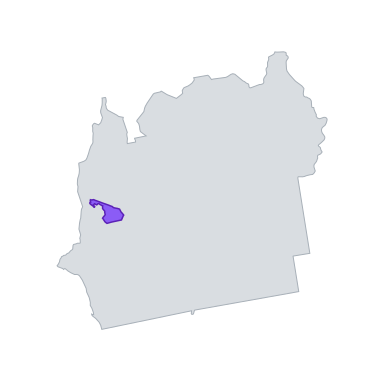 Reifi Khashm Elgirba, Kassala, Sudan shown in context, rotated 168°
{"feature_id": "16777658B57943425693206", "entity_name": "Reifi Khashm Elgirba", "entity_type": "district", "adm_level": 2, "iso_a3": "SDN", "parent_name": "Sudan", "parent_adm1": "Kassala", "projection": "albers", "projection_center": [35.198, 15.581], "detail": "fine", "context": "in_parent", "style": "filled", "palette": "violet", "viewbox_px": 384, "rotation_deg": 168, "n_neighbors": 0, "source": "geoboundaries", "source_scale": "gbopen_adm2", "svg_char_len": 5636}
<svg xmlns="http://www.w3.org/2000/svg" viewBox="0 0 384 384"><g transform="rotate(168 192 192)"><path d="M260.5,302.6L257.1,302.5L256.8,301.8L256.9,299.6L257.2,298.0L258.5,295.4L258.2,293.9L258.4,291.9L257.5,289.6L249.6,282.9L248.0,281.1L243.7,279.3L244.5,277.5L242.9,263.8L243.8,262.3L244.0,259.9L244.0,257.8L245.1,254.3L245.2,252.8L236.8,252.6L236.6,254.1L237.0,255.8L237.0,256.5L225.2,256.4L229.9,261.8L230.0,264.1L229.7,267.1L229.8,268.9L230.0,270.2L231.3,272.6L231.2,273.0L230.9,273.6L222.4,280.6L220.9,283.9L219.8,285.6L217.3,288.4L209.5,295.9L208.2,296.4L202.3,296.5L201.7,296.7L201.3,297.0L201.0,297.0L196.1,292.4L187.8,286.8L182.2,289.5L180.6,290.5L180.5,293.1L179.6,294.3L178.1,295.7L173.9,296.5L171.8,297.3L169.2,298.6L166.6,301.0L166.4,302.2L166.6,303.4L152.3,302.9L151.4,301.9L149.5,297.9L148.0,298.1L135.1,297.1L133.2,297.5L129.4,299.0L127.5,299.2L125.6,298.3L119.1,290.1L117.7,289.1L116.2,287.2L114.8,286.3L114.3,285.7L114.2,284.8L114.4,283.1L113.9,282.0L112.9,281.7L103.6,283.1L102.3,282.8L100.4,283.1L99.7,283.4L98.9,284.4L98.7,286.5L98.4,287.6L97.6,288.8L94.9,291.3L94.2,292.5L94.2,295.4L94.0,296.9L93.5,297.6L92.3,298.6L91.9,299.3L91.2,303.0L89.7,305.2L89.3,306.0L89.2,307.7L88.9,308.2L84.7,309.3L83.1,310.0L82.1,311.2L81.8,311.8L80.0,311.2L77.8,310.8L73.4,310.1L71.8,309.4L71.0,308.5L71.4,306.2L71.0,305.7L70.3,305.3L69.9,304.3L70.0,303.1L72.5,300.6L73.0,299.2L74.0,292.6L73.9,290.5L72.3,286.7L68.5,280.1L67.6,278.7L62.7,273.2L62.1,272.3L61.0,270.0L62.7,265.2L62.8,263.9L62.6,262.4L61.3,261.3L60.2,261.1L58.7,259.7L57.7,259.1L56.9,257.9L56.4,256.2L57.2,250.5L56.9,249.7L55.6,249.4L55.3,249.0L55.5,247.9L55.0,244.5L54.3,241.8L54.8,240.3L53.9,238.2L51.8,237.1L47.7,237.6L46.4,237.4L45.6,236.9L45.0,236.2L44.7,235.2L45.1,233.9L46.4,231.5L48.0,229.6L51.1,228.0L51.9,227.0L52.4,226.0L52.6,224.7L52.5,223.4L52.2,222.2L51.4,220.5L50.7,218.6L50.8,217.4L51.2,216.5L52.1,215.4L55.1,213.5L58.2,211.9L58.8,211.3L58.6,210.5L57.3,209.0L57.1,206.1L56.4,204.1L58.0,202.7L59.2,202.2L61.0,201.9L61.7,201.3L61.9,200.1L62.0,199.0L62.6,198.2L63.6,196.4L64.3,195.6L66.7,193.6L67.3,192.3L67.5,191.0L67.1,186.9L68.5,185.3L70.3,184.1L72.7,184.3L76.4,184.2L79.0,183.8L80.8,183.9L84.9,184.8L85.3,184.5L85.6,183.5L89.5,107.5L106.3,108.3L106.5,108.2L108.3,72.4L213.3,75.9L214.2,75.8L215.9,72.5L216.6,72.2L217.7,72.4L218.0,73.2L217.1,75.9L308.8,76.4L309.0,80.5L309.8,83.7L312.5,88.4L314.7,90.9L315.5,92.3L315.6,92.9L315.5,93.5L314.8,92.8L313.7,92.4L313.5,94.6L314.1,99.1L315.1,102.2L314.4,105.1L314.5,110.1L315.8,116.0L315.6,119.8L317.6,128.6L319.5,133.5L320.6,134.7L321.8,135.3L324.0,135.7L327.3,138.2L330.0,140.8L330.9,142.1L332.2,143.6L333.1,143.3L333.6,142.9L334.5,144.1L338.6,146.7L339.3,147.9L337.8,149.2L336.1,151.3L335.3,153.2L334.9,153.8L333.5,155.0L333.3,155.6L332.7,156.0L332.0,156.0L330.6,156.7L329.3,156.5L328.0,156.9L327.6,157.4L326.6,157.8L325.2,158.0L323.0,159.7L321.1,160.5L320.5,161.1L319.5,164.4L318.8,165.3L316.0,165.4L314.7,165.7L312.8,165.3L311.9,165.4L311.7,166.1L311.3,168.8L311.4,170.0L309.8,173.2L310.3,179.2L308.9,183.6L308.6,184.6L307.1,188.2L306.3,189.5L304.4,196.1L303.7,198.1L302.0,200.3L303.8,216.1L302.4,220.9L302.5,223.6L301.5,227.5L300.8,229.3L299.5,231.5L298.4,233.9L297.5,237.1L296.9,243.2L296.6,243.8L291.6,244.5L290.0,245.0L288.9,245.6L287.6,247.2L285.0,251.5L283.7,254.1L281.5,257.7L279.1,260.2L278.5,261.4L278.1,263.7L277.2,267.4L276.4,270.0L276.5,272.0L275.7,275.6L275.8,277.4L275.0,278.4L273.8,279.3L273.0,279.5L269.4,277.1L266.9,278.7L265.4,281.1L264.1,283.4L264.8,288.4L264.7,289.5L264.4,290.7L262.0,295.5L261.3,297.8L260.5,301.6L260.5,302.6Z" fill="#d9dde1" stroke="#a8b0b8" stroke-width="1"/><path d="M266.8,179.3L266.7,179.4L266.7,179.5L266.5,179.8L266.4,179.9L266.4,180.0L266.2,180.2L266.1,180.3L266.0,180.5L265.9,180.6L265.8,180.8L265.7,180.8L265.6,181.0L265.4,181.4L265.2,181.6L264.6,182.3L264.6,182.5L264.1,183.2L263.9,183.4L263.6,183.6L263.8,184.1L264.0,184.5L264.3,184.9L264.3,185.0L265.1,186.5L265.6,187.3L265.9,188.5L266.4,190.3L267.2,190.8L268.7,191.6L268.8,191.6L270.2,192.2L270.3,192.2L271.8,192.9L272.3,193.4L273.2,194.5L273.3,194.5L273.6,194.7L273.7,194.8L273.8,194.8L274.4,195.2L274.7,195.4L276.0,196.3L278.1,197.6L281.9,199.9L284.2,201.4L285.5,202.2L286.8,203.0L287.1,203.2L287.5,203.5L287.8,203.6L288.4,204.0L288.7,204.2L289.1,204.5L289.5,204.8L289.8,205.0L290.1,205.0L290.5,205.0L290.9,205.0L291.2,205.0L291.4,205.0L291.5,205.1L291.9,205.1L292.2,205.2L292.3,205.2L292.5,205.3L292.9,205.3L293.0,205.4L293.2,205.0L293.3,204.8L293.3,204.6L293.3,204.3L293.3,204.1L293.2,203.1L293.9,203.0L293.9,202.9L294.1,202.7L294.3,202.4L294.2,202.0L294.1,201.6L293.9,201.5L293.8,201.3L293.7,201.2L293.6,200.9L293.3,200.6L293.2,200.5L293.2,200.4L292.8,200.1L292.7,200.1L292.6,199.8L292.5,199.6L292.3,199.4L292.2,199.4L292.0,199.2L291.8,199.1L291.7,198.8L291.5,198.4L291.3,197.9L291.2,197.7L290.7,197.4L290.3,197.7L290.2,197.8L290.2,198.0L290.5,198.6L291.0,199.2L291.0,199.4L291.0,199.8L290.9,200.0L289.8,200.8L289.7,200.8L289.7,200.7L289.3,200.3L289.2,200.2L288.1,199.3L287.7,199.5L287.3,199.4L286.7,200.0L286.0,200.0L285.9,200.0L285.4,200.0L284.7,199.0L284.0,198.4L282.8,197.3L282.3,197.0L282.4,196.9L282.4,196.7L282.9,194.4L282.6,193.7L282.3,193.2L281.8,192.2L281.5,191.7L281.4,191.5L281.4,191.2L281.4,190.9L281.6,190.3L281.6,190.2L281.6,189.9L281.6,189.5L281.6,189.1L281.6,188.5L281.6,187.9L282.9,186.7L283.5,186.3L284.3,185.6L284.9,185.0L284.8,184.9L284.8,184.7L284.5,184.1L284.3,183.4L284.1,183.0L284.0,182.7L283.4,181.1L283.2,180.8L283.1,180.6L282.8,180.2L282.7,180.1L282.3,179.7L281.7,179.0L276.8,179.3L269.1,179.3L266.8,179.3Z" fill="#8b5cf6" stroke="#5b21b6" stroke-width="1.5"/></g></svg>